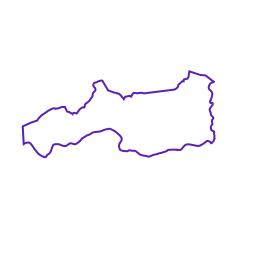 outline of Moreau, Micoud, Saint Lucia, rotated 149°
{"feature_id": "8701671B80425002261515", "entity_name": "Moreau", "entity_type": "district", "adm_level": 2, "iso_a3": "LCA", "parent_name": "Saint Lucia", "parent_adm1": "Micoud", "projection": "mercator", "projection_center": [-60.943, 13.828], "detail": "fine", "context": "isolated", "style": "outline", "palette": "violet", "viewbox_px": 256, "rotation_deg": 149, "n_neighbors": 0, "source": "geoboundaries", "source_scale": "gbopen_adm2", "svg_char_len": 5735}
<svg xmlns="http://www.w3.org/2000/svg" viewBox="0 0 256 256"><g transform="rotate(149 128 128)"><path d="M46.2,144.9L47.4,143.5L48.4,142.4L50.0,140.5L51.6,139.7L52.5,139.9L53.3,140.3L55.2,140.8L56.3,139.3L57.3,140.1L58.3,139.9L62.5,139.1L63.7,137.9L64.9,137.2L66.7,137.0L68.4,137.0L96.6,149.5L97.9,151.0L98.9,151.6L99.4,151.7L100.5,152.3L102.2,153.0L102.9,153.5L103.7,154.3L104.9,154.9L105.6,155.1L106.3,155.0L107.2,154.3L108.8,153.5L109.4,153.3L109.7,153.9L109.9,154.7L110.9,155.0L112.0,155.4L112.7,155.6L113.4,155.9L114.2,156.1L115.0,155.9L115.8,155.5L116.3,155.1L116.7,154.9L116.7,155.7L116.9,156.3L117.0,157.0L117.3,158.0L117.3,159.4L118.0,161.6L118.0,161.9L118.4,162.5L119.1,162.8L120.2,164.4L121.3,165.1L125.7,170.6L125.6,181.5L126.2,182.3L126.4,182.5L126.7,182.6L129.6,183.3L130.2,183.3L130.6,183.3L130.9,183.3L131.6,183.5L132.5,183.7L133.2,184.0L133.4,184.0L133.9,184.0L134.8,183.5L135.6,182.8L135.8,182.5L135.9,182.2L136.0,181.9L136.0,181.4L135.7,179.4L135.7,178.9L135.8,178.6L135.9,178.1L136.0,177.8L136.2,177.5L136.9,176.9L137.2,176.8L138.6,176.4L139.4,176.2L140.1,175.8L140.8,175.1L141.4,174.3L141.9,173.8L142.3,173.5L143.1,172.9L144.0,172.7L145.4,172.0L147.1,171.2L147.5,171.1L149.0,170.9L150.0,170.8L151.2,170.7L152.2,170.5L152.5,170.3L152.8,170.2L153.0,170.0L154.1,168.7L154.7,168.2L155.0,168.2L155.1,168.3L156.3,169.0L156.7,169.1L157.5,169.1L159.5,168.9L160.2,168.7L160.7,168.6L161.3,168.3L162.2,167.8L163.0,167.6L164.1,166.9L164.4,166.9L164.7,167.1L166.0,168.4L166.4,168.8L166.8,168.9L167.7,168.9L167.9,168.9L168.2,168.8L168.4,168.6L168.5,169.0L168.8,169.7L169.3,170.3L169.9,171.0L170.0,171.6L170.1,172.0L170.3,172.2L171.3,172.9L171.4,173.1L171.7,173.6L171.8,173.9L171.7,174.4L171.5,176.0L171.4,177.3L171.2,178.5L171.9,178.8L173.0,179.6L174.0,180.1L175.0,180.3L176.8,180.6L177.6,180.8L178.3,180.9L178.7,181.2L179.5,181.7L179.8,181.8L180.3,181.8L180.5,182.1L181.0,182.8L181.7,183.2L182.2,183.4L182.7,183.5L183.5,183.6L184.6,183.7L185.0,183.7L185.5,183.7L186.5,183.8L187.7,183.9L188.1,183.8L189.0,183.7L195.6,183.4L199.0,182.5L202.0,181.2L208.1,182.5L217.4,183.6L225.7,167.9L225.0,167.9L224.0,168.0L222.4,167.6L221.2,167.1L220.2,166.3L220.0,166.0L219.8,165.5L219.6,164.9L219.3,163.5L219.1,161.1L219.0,158.7L218.8,157.1L218.6,156.3L218.6,155.6L218.6,154.6L218.3,153.4L218.2,152.6L217.9,151.6L217.5,150.6L216.9,149.4L216.2,148.2L215.9,147.8L215.1,146.7L214.6,146.1L214.1,145.8L213.6,145.5L213.3,145.5L212.9,145.5L212.5,145.7L211.7,146.4L210.8,146.5L208.8,146.6L208.4,146.7L207.9,146.9L206.7,147.5L205.9,148.0L205.1,148.6L204.4,149.3L203.7,149.8L202.6,150.8L201.3,151.7L200.4,152.0L199.7,151.9L199.2,151.8L198.4,151.4L197.1,150.7L196.5,150.3L195.5,149.5L195.0,149.0L194.0,147.5L193.2,146.6L192.8,146.1L191.6,145.1L190.9,144.7L189.6,144.5L187.7,144.7L186.3,144.7L185.8,144.7L185.2,144.5L184.5,144.0L184.0,143.6L183.7,143.3L182.9,142.3L182.5,141.9L182.0,141.5L181.6,141.3L181.1,141.2L180.4,141.1L178.3,141.2L175.5,141.7L173.1,142.6L172.3,142.7L169.7,142.7L168.6,142.7L167.8,142.8L166.7,142.7L164.1,142.2L163.1,142.2L161.6,142.3L160.8,142.3L159.8,142.0L158.8,141.7L155.9,140.4L154.9,139.9L153.6,139.4L152.6,139.1L151.7,139.0L149.4,138.6L148.7,138.5L145.5,137.5L144.9,137.2L144.0,136.7L143.5,136.1L141.2,132.6L140.9,131.9L140.2,130.1L139.2,127.0L138.7,125.0L138.6,124.2L138.6,123.5L138.6,123.0L138.8,122.4L139.1,121.8L139.6,121.1L140.3,120.5L143.6,118.8L144.0,118.4L144.4,118.0L144.7,117.7L145.2,116.7L145.7,115.3L145.9,114.6L146.0,114.0L146.0,113.6L145.8,113.0L145.5,112.5L144.4,111.3L143.5,110.5L142.2,109.5L140.7,108.6L140.2,108.3L139.8,108.3L138.7,108.3L138.4,108.2L138.1,108.1L137.8,107.9L136.7,106.7L134.5,105.4L134.1,105.1L133.7,104.6L133.1,103.8L132.5,101.8L131.9,100.3L131.6,99.6L130.9,98.4L130.3,97.7L129.9,97.2L128.5,96.1L127.6,95.3L126.5,94.3L125.9,93.6L125.5,93.2L125.0,92.8L124.4,92.6L123.3,92.3L122.3,92.2L121.4,92.1L120.6,91.9L119.9,91.9L118.5,91.3L116.3,90.7L116.2,90.6L114.6,90.3L112.3,89.6L109.1,88.8L107.4,88.4L106.5,88.3L105.3,88.6L104.4,88.3L102.8,87.5L100.3,86.1L98.1,84.8L97.7,84.3L97.4,84.1L97.2,84.2L96.8,83.9L96.8,83.6L96.6,83.6L96.3,83.4L95.5,82.9L95.0,82.5L94.6,82.2L93.8,82.3L92.3,82.5L92.0,82.6L91.0,83.1L89.8,83.4L88.8,83.7L88.0,83.9L87.4,83.9L86.9,83.9L86.1,83.6L85.8,83.5L85.7,83.4L85.3,83.3L84.9,83.1L83.5,82.1L82.7,81.4L80.9,79.7L79.4,78.4L79.0,77.9L78.0,77.1L77.3,76.6L75.8,75.9L75.0,75.8L73.7,75.8L73.5,75.7L72.9,75.7L70.4,75.8L70.0,75.9L68.6,76.0L67.2,76.2L66.7,76.1L66.4,75.9L66.1,75.8L65.9,75.6L64.8,73.9L64.7,73.7L64.6,72.1L64.0,72.0L61.6,72.7L59.2,74.3L59.3,74.7L59.1,75.1L59.0,75.3L58.2,76.3L57.6,77.5L57.5,78.0L57.4,78.5L57.3,78.9L56.3,79.9L56.2,80.0L56.1,80.3L56.1,80.7L56.3,81.1L57.0,81.9L57.1,82.2L57.3,82.5L57.5,82.8L57.6,83.8L57.2,84.9L56.8,85.7L56.6,86.1L56.4,86.3L55.9,86.7L55.3,87.1L55.2,87.1L54.8,87.3L54.7,87.4L54.4,87.5L53.8,87.8L53.6,87.9L53.5,88.1L53.2,89.0L52.5,90.8L52.4,91.0L51.9,91.5L51.5,91.7L51.4,91.7L50.0,92.3L49.7,92.7L49.6,93.3L49.6,93.6L49.8,94.4L50.0,95.6L50.1,96.2L50.0,96.6L49.9,97.2L49.5,98.0L49.3,98.3L49.2,98.7L49.1,99.9L49.0,100.3L48.7,101.3L48.5,101.7L48.5,101.8L48.0,102.3L47.3,102.7L45.9,103.3L44.9,103.8L43.8,104.2L43.4,104.5L43.1,104.7L43.0,104.9L42.8,105.3L42.8,105.6L42.7,105.7L42.7,106.0L42.9,106.1L43.5,106.5L43.8,106.7L44.0,106.7L44.4,107.1L44.4,107.5L44.2,108.1L44.1,108.3L44.0,108.6L43.7,108.7L43.6,108.9L43.1,109.1L42.1,109.8L41.9,110.1L40.4,111.2L39.9,111.8L38.8,113.0L38.3,113.7L38.0,114.2L37.7,115.0L37.7,115.6L37.8,116.9L38.3,118.9L38.4,119.4L38.4,119.5L38.4,120.2L38.3,120.4L38.0,121.1L37.4,121.9L36.7,122.5L36.1,122.9L35.5,123.3L34.1,123.8L33.7,123.8L32.8,123.8L32.7,123.8L32.3,123.7L31.4,123.4L30.8,123.0L30.6,122.9L30.4,122.8L30.4,122.7L34.5,133.2L38.6,136.1L46.2,144.9Z" fill="none" stroke="#5b21b6" stroke-width="2"/></g></svg>